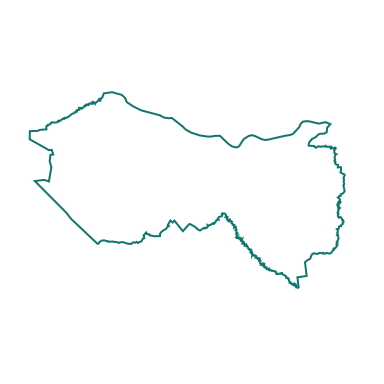 La Paz, Entre Ríos, Argentina, rotated 81°
{"feature_id": "61730980B80741205900311", "entity_name": "La Paz", "entity_type": "district", "adm_level": 2, "iso_a3": "ARG", "parent_name": "Argentina", "parent_adm1": "Entre Ríos", "projection": "natural_earth1", "projection_center": [-59.387, -30.91], "detail": "fine", "context": "isolated", "style": "outline", "palette": "teal", "viewbox_px": 384, "rotation_deg": 81, "n_neighbors": 0, "source": "geoboundaries", "source_scale": "gbopen_adm2", "svg_char_len": 5957}
<svg xmlns="http://www.w3.org/2000/svg" viewBox="0 0 384 384"><g transform="rotate(81 192 192)"><path d="M156.6,345.5L192.8,319.4L199.2,315.9L228.3,293.5L228.4,292.4L227.1,291.5L225.9,288.9L226.0,286.3L227.3,283.7L227.4,282.6L228.1,282.3L228.6,277.6L229.3,276.4L229.5,274.5L230.9,272.3L230.4,271.0L230.8,267.9L233.4,262.8L233.1,262.1L233.9,260.4L232.5,258.0L233.2,256.0L232.6,254.5L234.0,253.3L233.2,252.1L232.9,249.6L230.7,248.1L230.2,246.4L229.1,246.8L228.1,246.1L227.2,246.5L224.8,243.6L226.3,243.2L226.5,242.2L228.0,240.8L227.7,240.4L228.3,240.2L229.9,235.7L230.5,230.5L228.2,230.0L226.9,228.9L225.2,225.9L224.5,223.4L222.8,222.0L222.0,220.1L220.9,221.1L216.8,217.8L219.1,215.8L217.5,213.9L229.3,207.1L223.4,200.0L223.3,199.0L226.8,194.6L228.5,192.9L229.1,193.0L231.3,190.1L229.4,186.1L229.3,185.5L230.1,184.9L229.6,184.1L229.8,183.2L228.8,182.5L228.6,181.6L227.4,181.7L227.8,181.3L227.4,180.4L227.6,179.0L226.7,177.7L226.8,175.6L225.9,175.7L225.9,173.9L224.0,172.7L223.7,171.2L222.9,171.0L223.3,170.1L222.3,170.3L220.9,169.4L220.5,166.3L219.3,165.6L218.1,165.9L217.8,165.2L218.3,164.7L218.2,163.4L219.5,162.2L220.9,162.1L221.7,161.3L221.7,162.1L222.2,161.8L222.4,162.3L222.8,161.4L224.6,161.6L224.8,160.4L225.9,161.0L226.8,160.2L225.3,159.4L225.8,159.4L225.4,158.8L226.5,158.5L227.7,157.1L228.4,158.0L229.4,157.5L231.2,155.5L231.4,156.2L231.8,155.7L232.9,155.9L232.4,155.4L233.6,155.2L233.5,154.2L235.5,154.2L236.2,154.8L236.4,154.0L238.5,154.6L239.1,154.0L239.6,154.4L239.9,153.8L240.5,154.8L242.4,154.5L242.8,155.2L242.6,154.3L243.5,155.2L243.6,154.4L244.6,154.8L245.0,153.6L244.4,153.8L244.2,152.8L244.9,152.6L244.9,151.8L245.5,152.3L246.5,151.8L245.2,151.0L246.1,151.3L246.6,150.9L246.1,149.8L247.9,150.8L247.9,150.1L248.7,150.1L248.8,149.2L250.0,148.5L250.4,148.6L249.9,149.2L250.3,149.7L250.3,149.0L251.1,149.5L251.4,148.3L252.8,148.4L252.4,147.8L253.2,147.1L252.6,146.6L253.3,146.4L253.7,146.9L253.9,145.9L255.5,145.8L255.5,145.4L257.4,144.9L257.3,144.3L258.2,143.9L257.8,143.6L258.1,142.8L258.6,143.2L258.8,142.7L260.5,142.3L260.7,143.1L261.3,142.3L261.6,143.1L262.6,142.2L264.2,142.5L263.6,142.0L264.2,141.5L263.9,140.7L264.6,139.5L264.9,140.0L265.7,138.7L266.5,139.2L266.4,138.5L267.4,138.5L267.6,137.3L268.3,137.4L268.1,135.6L268.6,135.6L268.7,136.1L270.0,135.4L269.8,136.3L270.6,136.7L271.5,135.9L273.1,135.8L273.9,135.1L273.8,134.5L274.7,135.3L274.9,134.6L274.0,133.7L274.8,133.4L274.8,133.0L274.4,133.3L274.0,133.1L274.4,133.1L274.3,131.8L275.6,132.1L276.1,133.2L277.8,132.2L277.4,131.2L278.6,130.7L278.5,130.1L279.9,130.3L280.1,128.9L280.7,128.6L280.0,127.9L281.4,127.5L281.1,126.7L282.6,125.4L282.3,124.5L283.1,122.8L284.1,122.1L283.9,121.7L285.3,121.1L286.2,121.4L286.7,119.6L286.2,118.8L286.6,117.5L286.1,117.2L286.1,115.7L287.1,115.9L289.3,112.8L290.2,112.7L290.4,112.0L291.8,112.2L292.1,110.7L292.6,110.8L293.1,110.0L295.0,110.1L296.0,109.3L296.9,109.8L297.1,108.5L298.1,108.4L299.0,107.5L298.6,106.9L299.3,106.6L298.8,105.9L299.3,105.9L298.9,105.4L299.5,104.6L299.0,104.6L299.6,103.8L300.6,103.9L300.4,105.0L302.6,103.9L302.4,102.9L302.8,103.0L303.2,102.1L302.8,101.6L292.7,101.2L292.9,91.9L279.1,91.4L277.3,88.6L276.7,86.0L272.4,83.3L271.5,81.3L272.7,78.4L272.8,77.2L272.1,76.0L272.4,73.9L273.2,72.5L272.7,71.7L273.7,70.9L273.3,68.4L274.3,66.2L274.2,64.3L272.1,62.4L271.5,61.2L270.7,61.3L270.7,60.5L269.9,60.5L269.8,59.1L267.5,56.9L267.1,57.3L266.3,56.7L266.1,57.3L264.4,56.2L264.1,56.8L261.5,54.8L259.8,54.5L257.8,54.6L257.3,55.5L256.2,54.5L255.1,55.0L253.9,54.2L252.5,54.0L251.4,54.7L251.1,52.7L249.2,52.1L248.7,51.1L249.0,50.1L248.1,49.8L247.0,48.0L245.8,48.0L245.7,47.1L243.5,47.0L243.1,48.1L242.2,48.0L239.8,49.4L240.3,51.2L237.8,51.7L236.7,50.7L235.8,51.5L234.7,51.3L234.3,50.4L232.8,50.4L230.9,48.4L230.4,48.9L230.8,50.1L228.7,49.9L228.6,49.3L227.7,49.2L228.2,50.4L227.6,50.6L225.1,49.2L224.9,48.5L226.0,47.6L225.2,46.8L223.9,47.9L222.9,47.0L221.4,47.6L220.3,48.8L218.9,46.9L219.1,45.8L217.5,45.4L217.0,43.2L215.1,41.1L208.8,41.4L207.9,40.4L205.5,40.6L203.1,39.8L202.0,40.3L199.3,38.5L197.9,39.3L197.6,40.3L195.7,42.3L194.0,41.4L190.7,41.1L190.5,44.2L188.1,43.5L187.1,45.7L185.3,46.3L184.3,45.5L183.3,46.4L182.2,45.5L180.1,45.8L178.0,44.8L177.3,43.5L175.9,45.2L173.1,45.0L171.5,43.2L170.8,43.3L170.4,44.0L171.1,45.6L170.5,46.8L170.9,48.1L170.6,48.3L169.9,47.0L169.0,47.2L168.4,52.3L167.2,52.9L167.8,54.3L167.3,56.3L167.4,58.1L166.6,60.0L167.7,62.6L166.7,63.7L165.8,63.9L164.5,69.4L163.7,69.5L161.1,68.3L158.6,65.5L157.0,61.0L154.9,58.1L154.6,56.1L155.0,52.3L154.0,49.6L149.6,48.4L146.6,44.7L143.9,49.2L144.3,56.1L140.8,64.5L139.9,67.8L139.9,71.5L141.9,74.2L144.9,76.1L150.4,83.2L151.1,86.6L151.0,90.8L152.2,109.1L152.1,111.3L151.0,114.4L146.3,121.5L145.2,124.2L145.6,127.4L147.4,131.7L148.5,133.3L154.1,138.2L154.8,140.0L154.8,141.5L153.4,145.1L150.3,148.4L140.8,155.7L140.1,161.7L140.3,164.0L139.6,168.2L137.3,175.6L133.3,183.4L129.3,188.5L125.9,190.9L115.7,200.4L115.5,203.6L114.1,208.0L111.2,211.8L103.2,229.8L97.9,237.1L93.1,242.3L88.4,243.5L85.1,246.2L80.9,255.4L80.8,263.6L84.9,266.0L85.0,266.9L86.0,267.6L85.5,268.4L85.7,269.3L86.2,269.1L86.3,267.9L87.4,268.1L87.2,270.7L88.5,272.3L88.6,273.2L89.8,274.0L89.0,274.5L89.0,275.4L88.3,275.0L88.1,276.0L87.5,275.7L87.3,276.2L89.3,277.2L88.4,278.8L88.7,279.8L89.3,279.8L89.8,280.5L89.3,281.1L89.9,281.5L89.7,282.9L89.2,283.0L89.9,284.2L90.7,284.2L90.6,285.6L91.8,286.4L91.8,287.5L92.5,287.9L92.1,289.2L91.4,289.2L91.2,290.4L93.2,290.6L93.0,292.6L94.4,293.0L94.0,293.7L95.2,294.5L94.9,295.5L95.8,296.3L96.0,298.2L98.9,303.2L98.6,303.6L99.2,305.3L98.8,306.3L99.2,307.2L99.7,307.1L99.5,308.4L101.0,310.9L100.7,312.1L101.5,312.5L101.0,313.2L102.1,314.3L101.9,317.6L101.2,318.8L101.6,320.4L102.1,320.4L103.0,322.0L103.1,323.7L103.7,323.8L104.2,325.6L107.4,326.0L106.8,332.6L107.5,334.8L106.6,342.6L114.5,344.1L128.4,326.6L128.4,324.0L133.3,323.2L133.1,326.0L139.5,327.8L145.5,327.0L159.2,331.7L156.9,336.1L156.6,345.5Z" fill="none" stroke="#0f766e" stroke-width="2"/></g></svg>